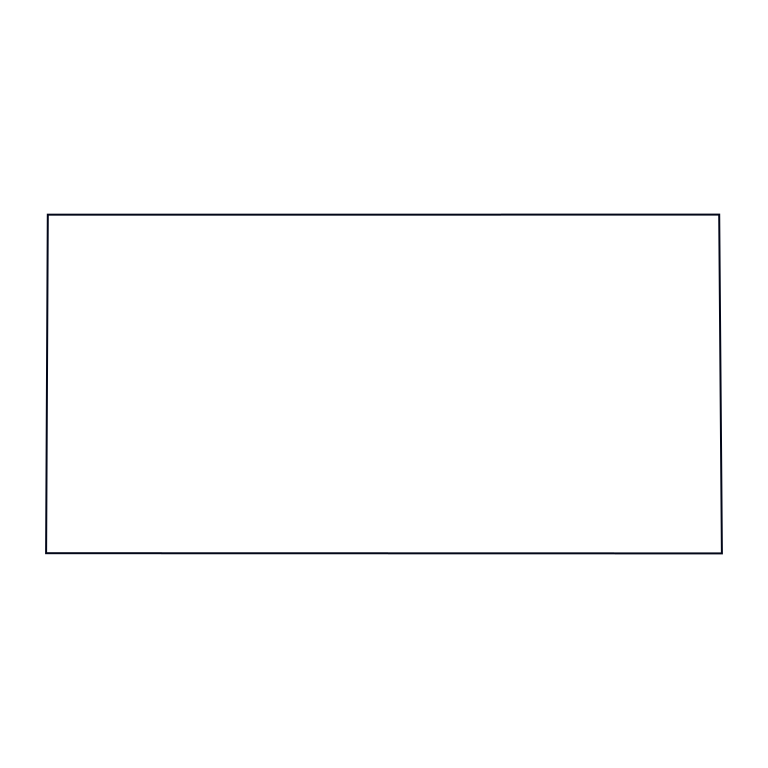 the district of Foster, North Dakota, United States of America
{"feature_id": "52423323B95198922462079", "entity_name": "Foster", "entity_type": "district", "adm_level": 2, "iso_a3": "USA", "parent_name": "United States of America", "parent_adm1": "North Dakota", "projection": "orthographic", "projection_center": [-98.96, 47.457], "detail": "fine", "context": "isolated", "style": "outline", "palette": "ink", "viewbox_px": 768, "rotation_deg": 0, "n_neighbors": 0, "source": "geoboundaries", "source_scale": "gbopen_adm2", "svg_char_len": 184}
<svg xmlns="http://www.w3.org/2000/svg" viewBox="0 0 768 768"><path d="M46.1,553.2L721.9,553.4L719.2,214.6L47.8,214.7L46.1,553.2Z" fill="none" stroke="#020617" stroke-width="2"/></svg>